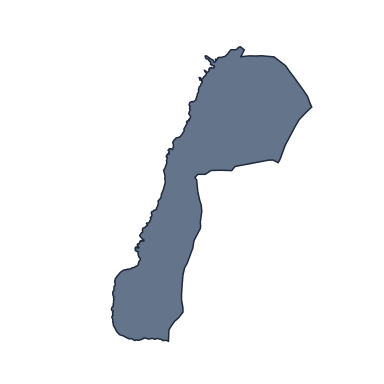 Domoni, Andjouân, Comoros, rotated 218°
{"feature_id": "10938185B41806506469500", "entity_name": "Domoni", "entity_type": "district", "adm_level": 2, "iso_a3": "COM", "parent_name": "Comoros", "parent_adm1": "Andjouân", "projection": "albers", "projection_center": [44.503, -12.179], "detail": "fine", "context": "isolated", "style": "filled", "palette": "slate", "viewbox_px": 384, "rotation_deg": 218, "n_neighbors": 0, "source": "geoboundaries", "source_scale": "gbopen_adm2", "svg_char_len": 6015}
<svg xmlns="http://www.w3.org/2000/svg" viewBox="0 0 384 384"><g transform="rotate(218 192 192)"><path d="M243.4,336.2L244.3,334.6L244.5,333.5L244.5,332.2L245.2,331.1L245.8,330.4L247.8,329.0L248.8,328.1L249.1,326.0L248.8,322.8L249.2,321.1L249.3,319.5L252.0,315.9L253.3,315.0L254.1,314.0L254.2,313.4L253.8,311.3L254.8,311.4L255.1,311.3L255.1,310.9L253.9,309.8L254.0,308.9L253.9,308.4L254.2,307.9L254.4,307.8L255.1,307.9L255.8,308.6L257.1,308.9L259.9,308.2L260.8,308.5L261.6,308.2L263.2,308.4L265.0,307.9L265.3,307.2L264.4,306.4L263.3,305.9L262.6,305.9L261.4,306.4L261.0,306.4L259.8,306.0L257.6,305.9L257.0,305.2L256.6,305.2L256.4,305.0L256.2,304.2L255.9,304.0L254.6,304.2L254.1,304.7L252.7,304.4L252.2,304.9L251.8,305.0L251.5,304.8L251.3,304.5L251.4,303.9L251.2,303.5L251.2,303.2L251.6,302.8L252.0,301.9L252.5,301.8L253.5,302.1L253.6,301.9L253.6,301.2L254.5,300.6L254.5,299.9L254.4,299.6L253.8,299.1L253.9,298.7L253.6,298.4L253.1,298.2L253.4,296.0L254.0,295.5L255.3,295.8L257.0,295.5L256.6,295.1L255.5,294.8L254.7,294.7L253.9,295.0L253.7,294.9L253.3,293.8L253.2,291.1L253.6,289.9L253.3,288.5L253.4,287.6L254.1,286.4L254.9,287.1L255.7,287.2L256.5,286.9L256.7,286.4L256.5,286.2L255.5,285.9L254.9,285.1L254.0,285.4L253.5,285.9L253.0,285.7L252.4,285.9L252.1,285.6L252.3,285.1L251.3,284.5L251.2,284.2L251.5,283.1L250.8,280.8L250.9,279.0L249.8,276.3L249.0,275.9L248.7,275.3L248.3,274.4L248.2,272.7L247.8,271.9L247.1,271.1L247.0,269.9L246.5,269.0L246.4,268.4L245.7,266.9L245.7,266.4L245.9,265.6L246.7,263.5L247.0,263.4L247.3,263.5L247.6,263.4L248.1,262.7L248.8,261.4L248.2,259.3L247.3,258.4L246.7,258.6L246.1,257.9L245.2,256.0L244.1,255.6L243.9,255.3L243.0,252.1L242.8,251.7L242.5,251.5L241.6,251.4L240.6,251.0L240.1,250.9L239.2,250.1L238.9,248.4L238.9,247.8L239.3,247.3L239.2,247.1L238.4,247.1L238.2,246.6L238.2,246.3L238.4,246.0L239.5,245.1L239.4,243.8L238.9,243.8L238.8,243.4L238.3,243.3L238.2,242.9L237.4,238.8L237.3,237.2L237.1,236.8L236.5,235.9L235.9,235.5L235.7,235.1L235.7,232.7L235.4,232.2L235.4,228.9L235.9,227.2L236.7,226.1L237.5,225.3L237.9,224.4L237.9,223.0L238.1,221.2L237.8,219.4L237.5,219.0L236.2,218.2L235.3,217.4L234.2,215.2L233.7,214.4L233.6,213.5L233.9,213.2L234.9,213.3L236.4,212.2L236.2,211.7L236.4,211.6L236.3,211.3L236.5,210.7L236.3,210.6L236.4,210.2L235.7,210.2L235.4,209.9L234.6,209.7L234.3,209.3L234.6,208.8L234.5,208.4L233.5,208.0L234.2,207.5L234.1,207.4L234.1,207.1L234.6,206.6L234.6,206.3L234.3,205.9L234.5,205.6L234.3,205.3L234.4,205.1L234.3,204.5L233.9,204.3L233.8,203.8L233.3,203.7L232.8,203.9L232.5,203.7L231.7,202.3L231.4,200.9L230.9,200.6L229.8,199.6L228.0,194.2L227.8,191.7L223.5,188.4L222.4,187.1L222.0,186.1L219.7,184.0L218.7,182.5L216.6,177.5L215.6,174.8L214.7,171.4L213.2,168.9L212.9,166.1L213.2,165.4L213.1,165.1L213.2,164.0L213.0,163.7L211.8,162.9L210.6,160.0L210.2,158.7L210.1,157.3L209.3,156.4L209.3,155.8L210.9,153.9L210.8,152.9L210.9,152.5L211.5,151.7L211.5,151.2L211.4,150.8L210.8,150.1L209.1,148.9L208.8,147.4L209.1,146.8L209.1,146.5L209.0,146.1L208.1,145.9L207.4,143.9L207.5,143.2L207.1,142.6L207.2,141.3L207.4,141.1L207.5,140.5L208.5,139.8L208.6,139.4L208.3,139.0L207.4,138.8L207.2,138.5L206.6,138.5L206.4,138.0L206.9,137.2L207.3,136.2L207.2,135.0L208.4,133.4L208.5,133.1L208.4,132.8L208.0,132.6L207.5,131.2L206.5,130.6L206.1,130.0L206.6,129.1L206.7,127.4L206.4,125.6L205.7,125.1L204.1,124.8L202.1,124.5L200.5,124.6L200.2,124.4L199.8,123.8L200.3,123.2L201.5,123.0L201.2,122.3L201.4,122.2L202.1,122.2L202.6,121.7L202.3,121.3L202.5,120.7L202.0,120.0L202.1,119.3L201.7,118.7L202.2,118.1L202.7,118.0L202.7,116.7L201.6,116.0L201.4,116.1L201.1,115.9L200.7,115.9L200.4,115.4L199.6,115.4L199.6,115.1L200.5,114.7L201.1,114.1L201.7,114.5L202.3,114.3L202.3,112.7L201.1,112.2L201.1,111.5L200.8,111.1L200.2,111.0L199.7,111.1L198.3,111.3L197.4,111.7L197.3,111.0L195.5,109.2L194.0,108.2L193.4,108.1L192.7,107.8L191.9,107.8L190.9,106.5L191.0,104.3L190.4,103.3L190.1,102.2L189.7,101.8L189.6,101.0L189.9,99.7L190.4,99.1L190.5,98.5L191.1,97.5L191.1,96.9L191.5,96.3L192.5,95.6L192.7,95.2L193.0,93.6L193.7,93.1L194.0,92.5L194.3,92.3L194.3,92.0L194.8,91.9L195.3,91.6L195.4,91.1L195.7,91.0L195.9,90.3L196.9,89.5L197.0,89.2L197.9,88.2L198.0,87.5L198.4,86.8L198.9,84.9L199.0,83.9L199.2,78.7L198.9,77.8L199.1,77.0L199.0,76.3L198.4,75.3L198.3,74.7L197.8,74.2L197.5,73.4L197.2,73.4L197.1,73.1L196.3,72.8L196.0,72.5L195.0,70.5L195.3,69.8L195.2,69.4L192.9,66.3L192.9,65.4L193.1,65.1L192.2,63.5L191.9,63.0L191.4,62.8L190.5,61.8L189.3,61.6L189.0,60.5L188.6,60.4L187.6,59.5L186.9,58.1L185.8,56.8L185.2,55.2L184.5,54.6L184.3,54.0L183.7,53.4L183.6,53.0L184.0,52.5L183.9,51.1L183.1,49.8L182.2,49.3L181.7,49.3L181.1,49.7L180.7,49.5L180.3,48.2L179.6,47.6L179.6,47.1L178.9,46.7L178.7,45.9L178.3,46.0L178.2,44.2L177.9,43.8L176.7,43.3L175.6,42.4L175.1,41.9L174.4,40.6L174.0,40.5L172.5,39.4L172.0,38.6L168.9,37.3L166.4,36.0L163.6,35.3L162.9,35.3L161.6,34.9L156.9,36.5L154.9,36.7L151.4,37.5L150.5,38.0L149.0,39.4L147.6,39.3L147.2,39.5L145.6,39.8L145.4,40.0L145.2,40.8L143.7,41.7L142.4,42.6L142.2,43.4L141.0,44.5L140.7,46.1L140.4,46.7L139.8,46.7L139.7,47.5L139.2,48.0L137.9,48.6L136.7,48.9L136.0,49.2L134.6,50.5L134.2,51.3L133.5,51.7L132.8,52.5L131.9,52.6L130.4,53.2L130.1,53.6L129.5,55.0L129.3,55.2L127.8,55.7L125.6,57.0L124.9,56.8L124.2,57.1L123.5,57.0L123.1,57.1L122.2,58.3L121.8,58.6L120.2,59.5L118.7,59.9L125.3,69.2L125.9,74.2L126.1,79.4L125.1,84.4L125.1,91.8L128.1,95.4L133.8,100.5L137.3,105.0L142.3,112.3L148.0,121.0L151.2,127.8L151.9,132.8L156.8,148.2L160.5,154.9L162.9,168.1L164.1,170.3L166.9,173.4L172.5,183.0L177.2,187.8L180.3,189.8L187.4,195.6L195.7,204.3L198.7,205.4L198.2,209.6L192.4,214.1L190.2,220.7L182.8,226.8L173.9,233.3L173.8,238.6L151.4,264.1L147.9,267.0L142.2,268.2L142.4,270.3L143.3,273.9L144.8,278.3L147.4,286.6L151.1,307.5L152.1,315.1L151.4,322.4L150.3,331.2L150.0,332.7L154.3,335.0L159.7,338.4L167.1,340.8L182.6,345.3L190.2,347.3L195.9,349.1L210.5,349.0L220.9,342.3L225.5,338.4L230.5,334.7L236.8,328.7L238.3,336.2L243.4,336.2Z" fill="#64748b" stroke="#1e293b" stroke-width="1.5"/></g></svg>